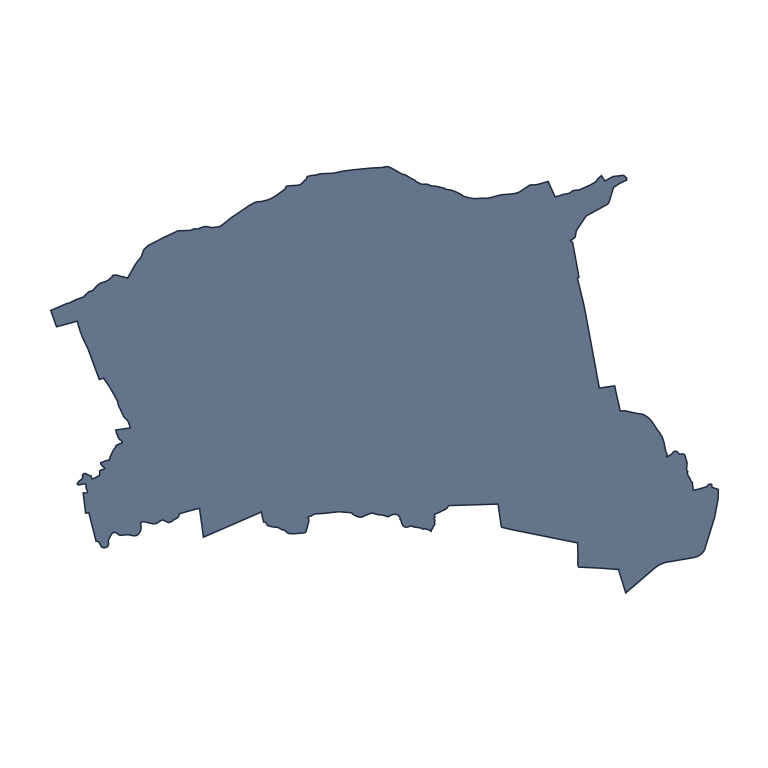 outline of Batar, Bihor, Romania, rotated 178°
{"feature_id": "2599482B9759777687605", "entity_name": "Batar", "entity_type": "district", "adm_level": 2, "iso_a3": "ROU", "parent_name": "Romania", "parent_adm1": "Bihor", "projection": "robinson", "projection_center": [21.802, 46.711], "detail": "fine", "context": "isolated", "style": "filled", "palette": "slate", "viewbox_px": 768, "rotation_deg": 178, "n_neighbors": 0, "source": "geoboundaries", "source_scale": "gbopen_adm2", "svg_char_len": 6125}
<svg xmlns="http://www.w3.org/2000/svg" viewBox="0 0 768 768"><g transform="rotate(178 384 384)"><path d="M159.4,584.6L160.1,584.1L162.7,582.0L163.6,581.0L164.8,579.1L170.7,575.8L180.9,571.6L182.1,571.2L186.9,570.9L188.7,570.5L192.1,568.2L198.3,567.2L204.1,565.5L206.4,565.2L206.8,565.9L212.9,580.7L223.0,578.2L226.5,577.7L229.8,577.9L231.8,577.5L241.9,571.2L246.1,569.9L251.1,569.4L258.9,569.1L262.0,568.7L270.5,566.6L273.3,566.2L275.9,566.0L279.5,566.3L286.1,566.1L289.3,566.4L292.4,567.1L298.0,568.9L301.4,571.4L305.6,573.6L310.7,575.6L315.0,576.3L316.5,577.4L324.9,579.8L329.9,580.4L333.4,582.1L338.6,582.3L340.1,582.6L344.7,585.1L346.4,586.8L349.5,588.4L354.4,591.7L356.6,592.7L358.2,592.9L368.9,599.5L372.0,601.0L373.6,601.2L375.5,601.0L378.1,600.4L389.2,600.3L407.7,599.1L418.9,598.0L424.9,596.8L427.5,596.4L437.5,596.4L440.3,596.2L442.0,596.0L445.5,595.0L448.7,595.0L453.1,594.2L453.5,594.0L454.4,591.7L455.0,591.0L455.9,590.5L459.0,587.4L461.0,586.1L462.8,585.7L473.0,585.3L474.7,585.1L475.8,582.7L476.4,582.1L484.8,576.3L490.9,573.0L494.4,571.9L499.7,570.7L505.2,570.5L507.6,569.6L512.9,566.8L530.5,555.8L538.5,549.8L542.4,547.2L543.7,546.8L550.3,546.4L551.0,546.4L555.4,547.5L558.0,547.6L562.3,546.4L564.2,545.4L568.4,545.7L571.9,544.3L584.5,544.3L599.8,537.8L612.8,531.6L614.4,530.9L619.2,526.9L622.4,519.2L626.4,514.7L628.9,511.3L636.6,498.8L640.3,500.1L643.1,500.7L647.9,502.3L649.0,502.3L651.6,502.0L652.1,500.2L654.3,498.9L655.3,497.8L658.6,496.2L663.5,494.8L665.1,494.0L667.9,491.8L671.4,488.0L672.7,487.3L675.6,486.6L677.7,484.8L681.3,481.6L682.0,481.2L688.9,479.1L694.8,476.3L695.8,475.9L698.4,475.5L704.7,472.9L714.5,469.2L709.3,452.6L688.3,457.5L688.0,455.8L685.8,447.2L684.8,444.2L683.1,439.5L678.7,429.7L668.4,398.5L668.1,398.5L664.0,399.5L658.2,390.4L651.7,377.8L650.8,375.7L650.4,372.9L649.8,371.0L648.0,367.1L647.6,365.9L645.2,360.3L641.8,356.6L640.7,354.9L639.1,349.0L653.6,347.4L653.1,344.3L651.0,338.8L650.3,337.9L648.6,336.8L647.9,336.1L648.2,335.3L647.7,334.4L651.1,333.2L652.5,332.5L654.0,332.0L654.0,330.9L655.9,328.6L657.4,326.3L659.2,322.8L660.4,320.1L661.0,317.5L661.9,317.6L664.5,317.1L669.9,315.2L669.8,313.8L668.3,311.9L667.1,310.6L666.3,310.2L666.3,309.0L666.5,308.7L670.0,307.9L671.2,307.2L671.3,304.6L671.6,302.4L674.1,301.3L677.2,299.7L678.8,299.4L679.4,299.8L679.9,302.2L680.3,302.5L683.4,303.7L684.9,304.8L685.5,305.0L687.1,304.9L688.3,303.9L688.6,303.0L688.6,302.2L688.3,300.9L688.5,300.4L690.2,298.9L691.8,297.8L693.0,296.7L693.9,295.2L694.0,294.4L693.0,293.9L692.4,293.8L687.3,294.7L685.5,294.2L685.1,293.6L685.5,291.3L685.4,290.3L684.4,288.3L684.1,286.5L684.4,285.9L685.5,285.5L687.1,285.5L688.5,285.8L686.7,265.3L683.5,265.8L677.3,237.0L675.6,236.6L674.7,236.1L674.2,235.5L672.4,231.7L671.6,230.8L670.8,230.3L670.0,230.1L669.1,230.1L666.9,230.6L666.2,231.0L665.4,231.9L665.0,232.9L664.7,235.1L665.1,236.0L665.2,236.6L664.8,237.6L662.3,242.2L661.3,243.7L660.3,244.7L659.0,245.1L657.7,245.0L656.1,244.2L654.6,242.7L653.4,242.1L650.7,241.9L647.2,242.3L645.6,242.2L644.1,242.1L641.0,241.3L639.1,241.0L637.2,241.1L636.0,241.5L634.3,242.8L633.5,243.9L632.0,246.8L631.7,250.6L632.0,251.7L631.9,253.5L631.6,254.3L629.3,254.9L619.5,252.2L615.7,252.8L611.9,255.2L610.1,255.8L609.1,255.5L605.3,253.4L604.1,253.1L603.1,253.2L600.6,254.2L599.2,255.4L595.7,257.2L594.0,258.4L593.0,261.5L575.9,265.6L572.7,266.1L569.8,237.2L511.1,260.3L510.6,258.2L510.5,256.2L509.5,252.3L509.1,250.2L507.2,250.3L506.7,249.4L506.0,247.6L505.2,246.5L502.4,245.6L498.2,244.7L497.6,244.6L495.9,244.7L490.9,242.0L488.4,241.2L487.8,240.8L486.3,239.0L483.7,237.6L482.0,237.8L480.7,237.5L479.1,237.5L470.5,237.9L468.9,238.0L467.9,238.4L467.2,238.9L466.9,239.5L466.3,241.8L465.8,242.9L464.6,247.6L463.9,249.2L463.8,251.6L464.6,252.6L464.4,253.5L463.4,254.1L461.4,254.5L460.2,255.5L456.5,256.8L454.9,256.6L449.7,256.7L433.6,257.9L421.7,256.5L420.8,256.2L419.9,255.1L418.9,254.4L415.9,252.6L413.4,251.8L412.6,251.7L410.9,251.8L404.0,254.5L400.6,255.4L399.8,255.3L397.3,254.4L396.1,254.2L394.6,253.5L390.8,253.3L384.8,251.2L384.3,251.2L382.0,252.5L380.0,253.2L378.3,253.4L375.1,253.0L374.4,252.5L374.1,251.7L372.7,250.3L372.5,249.9L372.7,249.0L372.7,248.2L371.7,246.7L371.0,243.6L370.1,241.9L369.3,241.0L368.4,240.5L366.9,240.0L366.2,240.1L362.7,240.9L361.9,241.1L361.1,241.0L359.5,240.1L356.1,239.6L352.4,238.8L350.1,237.6L349.4,237.6L348.2,238.0L347.3,237.5L345.6,237.3L342.9,235.7L342.1,235.1L341.2,237.3L340.2,238.4L339.9,239.6L338.1,241.9L338.1,242.5L338.5,244.2L337.9,245.6L337.8,246.0L338.0,246.5L338.5,247.2L338.6,247.6L338.5,248.1L337.7,249.1L337.7,249.6L338.2,250.8L338.2,251.3L338.1,251.7L337.3,252.4L333.4,253.7L332.2,254.2L330.8,255.1L328.4,255.9L327.1,256.6L325.5,257.7L324.1,259.5L323.4,260.2L274.2,260.0L271.8,237.7L271.4,236.7L262.7,234.3L196.1,218.4L196.1,207.4L196.5,201.2L196.5,196.7L196.3,195.3L195.9,194.2L174.0,192.4L156.6,190.4L156.4,190.6L155.9,190.5L155.8,189.5L155.3,187.2L149.7,166.8L119.1,191.2L115.2,193.6L110.4,195.5L108.1,196.0L79.8,199.8L76.7,200.7L73.5,202.5L71.4,204.3L69.7,206.6L69.2,207.7L58.3,239.0L54.1,257.4L53.5,267.0L59.5,269.2L59.9,269.9L59.9,271.9L60.3,272.3L60.6,272.5L62.3,272.5L63.3,272.1L64.8,270.4L65.7,269.9L73.7,267.9L76.2,267.4L78.6,267.2L79.3,274.9L80.3,275.9L80.9,277.0L81.4,278.6L82.4,280.6L83.2,281.6L83.7,283.0L84.0,285.0L83.4,285.7L84.4,287.2L84.6,288.4L83.8,294.4L85.3,300.8L86.1,302.9L86.5,303.3L87.5,303.7L90.9,303.5L92.0,304.3L93.2,305.9L93.8,306.4L94.7,306.7L95.5,306.7L96.4,306.4L97.4,305.8L98.3,304.6L100.0,303.3L103.9,301.3L104.1,301.9L103.5,304.2L104.3,305.4L105.0,308.0L106.1,315.4L106.7,317.8L107.8,321.2L110.2,325.6L112.1,328.2L117.4,336.9L119.6,339.8L122.2,342.0L125.5,344.3L126.7,344.8L131.6,345.6L143.9,348.8L149.0,348.9L149.7,353.8L151.4,362.2L153.5,374.1L168.9,372.4L170.8,384.7L172.6,397.2L180.3,448.9L181.8,457.8L187.0,483.0L185.4,484.0L190.5,518.8L192.7,520.8L188.3,523.5L187.8,524.2L186.4,530.4L185.7,531.6L177.1,543.5L176.1,544.7L175.4,545.2L154.8,555.6L153.6,556.5L152.5,558.5L147.8,572.4L141.4,576.3L134.5,579.2L134.2,581.3L137.1,584.2L147.8,583.4L156.1,579.2L159.4,584.6Z" fill="#64748b" stroke="#1e293b" stroke-width="1.5"/></g></svg>